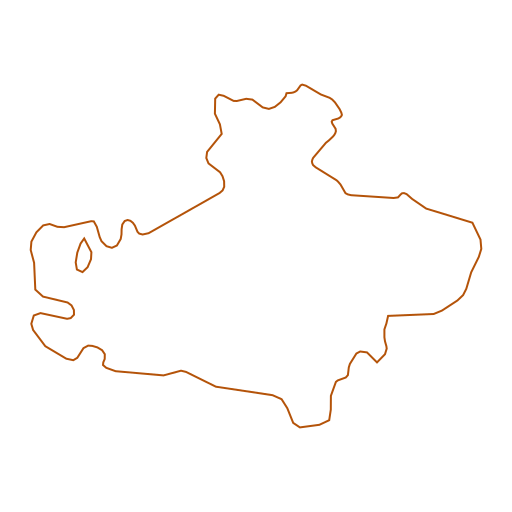 the Province of Avellino
{"feature_id": "ITA-5399", "entity_name": "Avellino", "entity_type": "Province", "adm_level": 1, "iso_a3": "ITA", "parent_name": "Italy", "parent_adm1": "", "projection": "albers", "projection_center": [15.029, 41.0], "detail": "fine", "context": "isolated", "style": "outline", "palette": "amber", "viewbox_px": 512, "rotation_deg": 0, "n_neighbors": 0, "source": "natural_earth", "source_scale": "10m", "svg_char_len": 2228}
<svg xmlns="http://www.w3.org/2000/svg" viewBox="0 0 512 512"><path d="M67.1,318.8L70.7,318.1L74.0,314.7L73.9,310.0L71.5,305.4L67.6,302.5L43.0,296.6L35.3,289.6L34.1,262.8L30.7,250.0L31.4,241.6L36.4,232.3L43.2,225.4L49.6,224.0L57.4,226.8L64.1,227.2L91.2,221.2L93.8,221.4L96.8,226.8L99.7,237.1L101.5,241.2L106.5,246.2L111.9,247.8L116.9,245.5L120.7,239.0L121.5,234.4L121.6,229.2L122.3,224.5L124.7,221.0L127.6,220.0L130.4,220.8L132.9,222.8L134.9,225.6L137.5,231.8L139.2,233.6L142.6,234.5L148.6,233.2L219.6,193.0L222.6,190.4L224.2,186.8L224.1,181.2L222.5,176.2L220.1,172.3L208.5,163.4L206.3,158.0L207.1,151.9L221.7,133.9L219.9,124.3L214.9,113.7L215.2,98.6L218.7,94.7L223.7,95.8L233.6,100.9L236.8,101.0L246.2,98.8L252.4,99.6L262.7,107.4L268.9,108.9L274.8,106.9L280.6,102.3L285.6,96.3L286.5,93.2L291.7,92.8L293.5,92.4L295.5,91.5L297.1,90.3L300.6,85.4L302.2,84.6L305.9,85.7L320.9,94.5L329.6,97.8L332.2,99.5L335.0,102.4L339.6,109.1L341.3,112.6L341.9,114.9L341.2,116.3L340.0,117.5L338.3,118.5L332.5,120.2L331.7,121.7L332.3,123.6L335.6,128.8L335.9,131.2L335.3,133.1L334.3,134.9L333.0,136.5L328.9,140.4L325.9,142.8L313.2,157.8L312.4,159.5L311.9,161.5L312.3,163.4L313.1,165.1L315.8,167.4L336.6,180.3L338.0,181.6L340.5,184.5L345.5,193.2L347.8,194.4L351.1,195.2L393.6,198.0L398.0,197.4L400.6,194.5L402.0,193.3L404.0,193.1L406.6,194.1L412.2,199.0L426.2,208.6L472.4,222.7L480.5,239.6L481.3,248.9L478.8,256.9L471.2,272.3L466.3,288.8L463.1,295.1L457.4,300.5L441.9,310.6L433.7,314.0L388.1,315.9L386.4,323.5L384.4,329.4L384.4,337.3L385.0,341.3L386.4,346.3L386.7,348.6L385.0,354.2L377.0,362.4L367.0,352.4L360.2,351.5L356.4,353.5L349.9,363.9L348.8,367.4L347.9,375.1L345.8,377.5L337.8,380.4L335.9,381.9L330.9,395.8L330.8,409.6L329.2,420.2L319.4,424.8L299.9,427.4L293.2,422.9L287.3,408.2L281.6,399.2L272.6,395.2L215.9,386.7L186.0,371.9L181.0,370.7L163.5,375.4L115.6,371.2L106.2,367.8L103.0,365.0L103.3,362.3L104.7,359.0L104.8,354.2L102.1,350.2L97.4,347.4L92.3,345.9L88.2,345.6L83.5,348.1L77.3,357.8L73.3,360.2L66.3,358.7L45.3,346.2L33.1,330.0L31.3,323.8L33.8,315.5L40.5,313.1L67.1,318.8ZM82.5,272.1L87.6,267.2L91.0,259.2L91.4,252.2L84.2,238.5L80.6,243.5L77.3,252.6L75.7,262.4L76.9,269.5L82.5,272.1Z" fill="none" stroke="#b45309" stroke-width="2"/></svg>